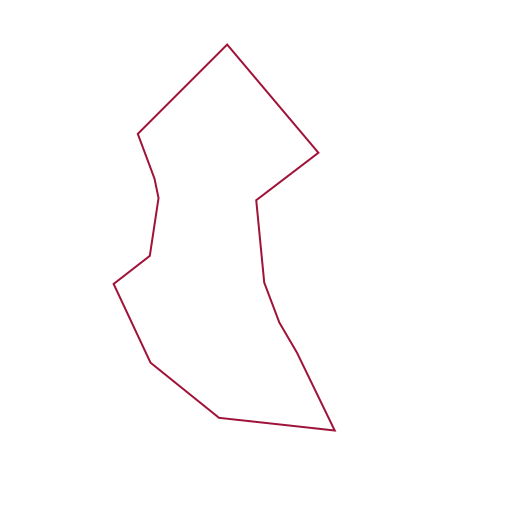 Dornava, orthographic projection, rotated 127°
{"feature_id": "SVN-1040", "entity_name": "Dornava", "entity_type": "Municipality", "adm_level": 1, "iso_a3": "SVN", "parent_name": "Slovenia", "parent_adm1": "", "projection": "orthographic", "projection_center": [16.001, 46.454], "detail": "fine", "context": "isolated", "style": "outline", "palette": "rose", "viewbox_px": 512, "rotation_deg": 127, "n_neighbors": 0, "source": "natural_earth", "source_scale": "10m", "svg_char_len": 345}
<svg xmlns="http://www.w3.org/2000/svg" viewBox="0 0 512 512"><g transform="rotate(127 256 256)"><path d="M364.0,352.9L319.8,340.9L268.4,368.7L255.3,383.6L229.6,423.9L104.5,406.3L136.0,268.3L211.3,289.4L272.3,233.4L295.1,197.3L308.6,165.0L348.0,88.1L407.5,188.1L404.7,276.0L364.0,352.9Z" fill="none" stroke="#9f1239" stroke-width="2"/></g></svg>